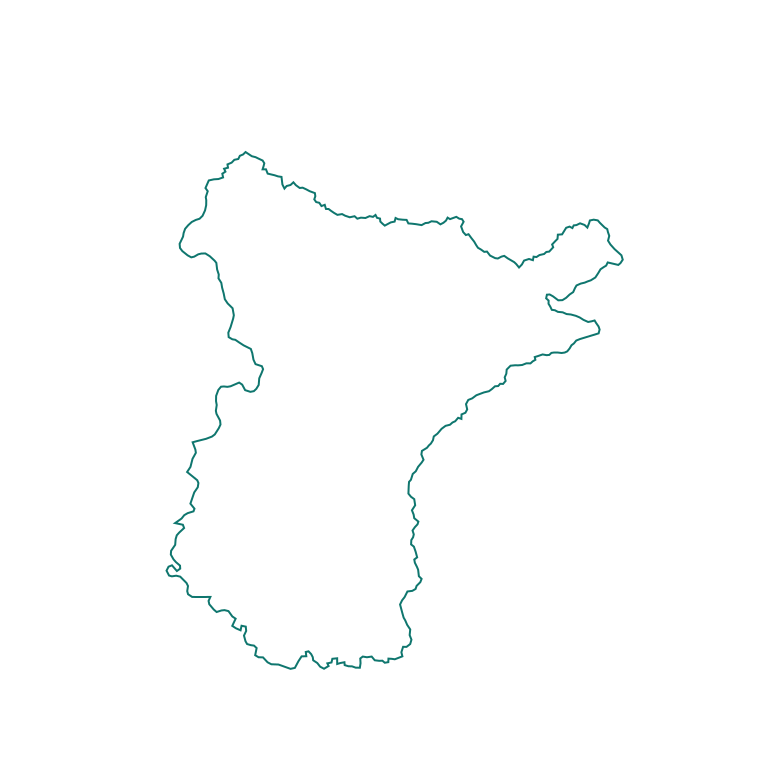 the district of Iaciara, Goiás, Brazil, rotated 341°
{"feature_id": "56859067B33640833107150", "entity_name": "Iaciara", "entity_type": "district", "adm_level": 2, "iso_a3": "BRA", "parent_name": "Brazil", "parent_adm1": "Goiás", "projection": "orthographic", "projection_center": [-46.724, -14.085], "detail": "fine", "context": "isolated", "style": "outline", "palette": "teal", "viewbox_px": 768, "rotation_deg": 341, "n_neighbors": 0, "source": "geoboundaries", "source_scale": "gbopen_adm2", "svg_char_len": 5974}
<svg xmlns="http://www.w3.org/2000/svg" viewBox="0 0 768 768"><g transform="rotate(341 384 384)"><path d="M285.3,642.2L289.4,644.2L292.4,645.1L294.0,647.8L297.5,648.4L298.8,645.1L301.9,646.4L304.6,647.8L312.7,647.5L313.1,643.3L316.5,638.7L319.7,639.9L324.1,638.4L326.7,634.7L326.5,629.8L328.9,624.6L327.5,619.3L327.1,614.3L326.5,611.3L326.8,606.1L327.4,597.7L330.7,594.4L334.1,592.2L338.6,587.8L343.4,588.8L347.1,588.1L349.1,585.5L353.8,583.2L356.1,580.5L354.4,577.1L355.8,570.7L355.6,567.6L355.0,563.0L355.5,559.8L358.9,558.7L359.3,553.0L359.3,547.5L357.4,544.5L359.0,540.5L361.6,538.4L363.2,535.9L363.3,531.8L366.6,529.4L370.0,527.6L371.7,525.3L368.9,520.7L369.5,517.1L369.3,512.5L374.0,508.8L375.1,502.7L372.8,499.4L371.4,495.6L374.2,488.4L375.8,484.7L378.3,483.3L381.9,478.4L385.6,476.9L389.3,473.4L394.1,470.5L396.7,468.5L396.4,462.8L398.1,459.6L403.9,458.3L406.4,456.7L408.9,455.6L412.0,453.1L414.0,449.8L418.3,448.4L423.9,445.1L428.6,443.6L433.1,444.0L436.2,442.7L439.2,442.4L443.1,440.1L445.8,442.2L447.4,438.0L451.6,437.7L454.4,435.1L455.0,429.7L458.5,426.5L462.7,426.3L467.7,424.7L475.7,424.5L480.9,425.0L484.4,423.9L488.2,422.3L491.3,423.1L493.9,421.6L496.6,422.7L500.0,420.7L500.3,417.0L503.0,414.1L504.7,410.3L509.6,407.9L513.8,408.9L517.2,410.1L520.8,411.0L525.4,410.8L529.2,412.2L532.0,411.0L535.0,410.4L535.3,407.6L538.4,407.7L543.6,407.7L547.2,409.7L549.8,410.3L552.4,409.1L555.1,409.6L558.7,410.9L562.0,412.5L565.1,413.1L567.9,412.8L571.1,410.8L573.9,408.4L576.7,407.5L579.9,405.5L583.9,405.3L603.4,406.0L605.6,402.7L605.6,399.5L604.4,395.3L603.8,392.5L600.6,392.3L597.2,391.8L593.5,388.3L590.7,384.8L587.6,382.0L583.3,379.1L579.4,377.3L576.3,374.4L571.9,372.4L569.6,369.9L566.8,368.5L566.4,364.9L565.7,361.7L566.8,358.7L565.2,355.8L567.1,352.6L569.8,353.3L572.3,356.1L574.2,358.9L576.0,361.6L580.0,362.8L584.3,361.8L588.7,359.8L592.8,358.7L595.8,355.5L598.1,353.5L602.7,353.1L606.8,353.5L609.9,353.3L613.3,353.3L618.5,352.1L622.4,349.1L626.1,346.0L629.8,345.0L632.6,344.4L635.1,341.9L644.3,347.7L646.9,346.7L650.2,344.2L650.4,339.6L645.9,331.5L643.5,325.8L642.5,321.4L645.2,317.3L645.2,313.2L645.5,310.2L643.6,307.9L640.6,301.9L639.4,298.9L635.8,296.9L631.9,296.4L630.2,298.8L627.2,302.3L625.4,298.9L621.7,295.9L617.7,296.4L615.0,295.8L612.9,297.9L610.7,295.6L607.1,295.6L601.1,300.5L597.0,299.4L595.3,303.3L592.8,304.5L588.4,306.8L588.5,309.8L583.3,312.6L580.5,312.0L577.7,313.2L573.0,312.7L569.5,313.6L566.9,312.3L565.1,315.4L561.8,313.0L556.6,312.9L553.3,315.9L549.6,317.8L548.1,313.7L546.8,311.2L541.9,305.5L539.4,302.0L536.5,301.8L532.5,302.4L530.1,301.2L526.1,297.1L524.5,292.3L521.8,291.7L519.3,288.2L517.2,285.8L516.4,282.8L515.6,278.7L514.1,274.4L512.7,269.9L509.9,269.8L508.3,266.1L508.2,260.1L512.1,256.5L511.4,253.5L509.0,252.2L506.8,249.5L500.1,249.6L498.3,247.4L495.8,249.7L492.7,250.9L489.3,251.4L486.7,247.8L481.9,245.6L478.4,246.0L475.6,245.3L471.3,246.0L466.5,243.4L462.8,241.6L459.3,240.1L458.8,236.2L455.3,234.8L451.0,232.8L449.0,230.8L446.9,233.9L443.0,233.4L436.3,234.5L434.7,231.8L433.4,229.2L434.1,226.3L431.5,224.6L431.0,221.4L428.0,222.4L425.0,220.6L420.5,221.0L416.3,219.2L412.6,219.0L410.8,215.8L405.9,215.2L402.0,212.2L399.7,209.7L395.0,208.9L392.5,206.0L390.2,202.9L388.6,200.5L386.1,199.6L386.3,195.3L382.8,195.4L381.8,191.6L379.1,189.9L378.2,186.7L380.2,184.1L380.8,181.0L376.5,177.5L373.9,174.7L371.0,171.9L368.1,171.2L365.4,167.3L364.0,163.8L360.4,165.4L356.4,165.1L353.5,166.8L352.9,162.3L354.5,154.8L351.4,153.2L348.5,151.0L342.5,147.2L342.3,142.6L339.1,141.5L341.0,138.9L342.7,136.3L342.0,133.2L338.4,129.7L336.4,127.7L333.2,125.6L328.6,119.6L325.5,121.1L322.0,121.3L319.5,123.8L315.5,123.3L312.0,125.1L307.5,125.4L306.9,128.7L302.9,128.4L303.2,131.6L299.6,132.5L299.1,136.3L294.2,136.3L289.8,135.1L284.6,134.5L279.0,140.6L280.1,144.3L276.3,149.3L275.8,152.3L274.1,157.0L271.3,161.6L267.2,165.9L263.4,167.7L259.5,167.6L255.0,168.2L250.6,170.1L246.5,172.5L243.7,176.0L242.0,179.2L236.4,184.9L235.4,189.0L236.6,192.7L240.2,198.4L243.0,201.5L246.0,201.8L250.6,200.9L253.8,201.2L257.6,202.4L260.9,206.5L264.0,212.3L264.9,214.9L263.5,221.4L263.4,226.7L261.9,230.2L263.1,235.4L262.3,240.2L261.9,246.2L261.1,252.0L262.4,256.9L265.5,263.1L264.4,270.1L262.7,273.0L257.5,280.2L253.5,284.8L252.4,289.1L255.1,292.3L257.8,293.8L260.6,297.6L263.9,301.8L269.5,307.5L269.5,311.9L268.5,318.5L269.0,323.4L274.3,327.4L274.5,330.6L271.8,333.8L267.9,338.0L265.2,344.1L261.7,347.0L258.6,348.4L255.1,347.9L250.7,344.6L249.7,338.4L247.5,335.5L238.2,336.2L235.0,335.7L231.8,334.2L229.0,333.5L225.4,335.7L221.4,340.6L219.6,345.5L219.0,349.4L216.3,354.6L215.9,357.7L217.1,365.2L216.2,369.1L213.4,372.0L207.6,376.6L204.2,377.7L197.9,377.9L188.6,377.1L184.1,376.8L184.3,384.7L183.7,387.8L178.6,392.4L174.0,399.4L169.2,403.1L176.1,414.2L176.3,417.2L174.3,421.0L169.3,424.7L162.0,434.1L164.2,440.2L162.4,442.4L156.3,442.2L152.4,443.0L148.8,445.3L141.2,447.5L148.0,451.6L148.1,455.1L142.0,457.8L138.8,459.6L136.5,462.8L134.2,468.1L128.4,472.4L126.9,475.9L127.9,481.3L129.3,484.7L132.0,489.3L131.2,492.2L127.3,493.4L124.5,486.4L120.8,486.6L117.6,489.7L118.4,495.1L120.8,496.8L125.1,497.6L128.6,499.8L132.5,507.9L132.9,511.2L130.5,515.8L130.3,519.0L133.3,522.9L143.0,526.3L150.5,528.8L147.5,532.0L147.1,535.4L149.6,541.8L151.5,545.1L156.6,545.2L159.6,545.9L163.0,548.1L164.9,554.4L167.3,557.6L161.8,563.3L164.5,566.8L168.2,570.2L170.6,566.2L174.3,568.4L173.3,572.6L169.7,576.3L169.3,582.2L169.9,585.3L173.1,587.6L175.9,589.0L177.6,592.2L173.9,598.5L176.4,601.5L180.6,603.1L183.3,609.2L186.2,612.3L192.9,614.9L202.9,622.9L207.3,623.4L212.8,618.3L217.4,614.7L221.9,616.1L222.8,611.9L225.6,612.2L227.2,615.7L227.7,619.1L227.1,622.2L230.1,626.1L231.6,630.5L234.6,633.7L239.8,632.6L239.5,629.7L243.7,630.2L245.7,627.0L250.4,628.1L248.6,633.5L251.9,633.6L256.0,634.2L255.3,637.0L258.5,639.3L261.9,640.6L264.9,643.0L268.8,644.4L270.9,640.4L272.2,635.8L275.2,634.8L278.9,636.8L283.6,637.7L285.3,642.2Z" fill="none" stroke="#0f766e" stroke-width="2"/></g></svg>